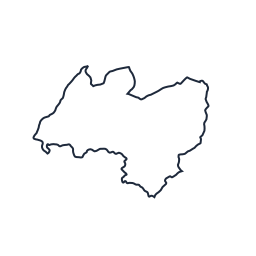 outline of Dong Van, Hà Giang, Vietnam, rotated 245°
{"feature_id": "81297802B35887218353447", "entity_name": "Dong Van", "entity_type": "district", "adm_level": 2, "iso_a3": "VNM", "parent_name": "Vietnam", "parent_adm1": "Hà Giang", "projection": "robinson", "projection_center": [105.266, 23.242], "detail": "fine", "context": "isolated", "style": "outline", "palette": "slate", "viewbox_px": 256, "rotation_deg": 245, "n_neighbors": 0, "source": "geoboundaries", "source_scale": "gbopen_adm2", "svg_char_len": 5844}
<svg xmlns="http://www.w3.org/2000/svg" viewBox="0 0 256 256"><g transform="rotate(245 128 128)"><path d="M187.6,85.5L186.8,84.9L185.9,84.3L184.7,83.4L183.4,82.3L182.8,81.7L182.6,81.3L182.0,79.4L181.6,78.6L181.1,78.1L180.7,77.9L179.7,76.8L179.1,75.8L178.2,74.0L177.7,72.9L177.4,72.3L176.5,71.2L174.6,69.4L173.7,67.9L173.3,67.1L173.1,66.5L173.0,65.7L172.9,64.8L172.9,63.8L172.9,63.2L172.9,62.9L172.8,62.5L172.2,61.3L172.1,61.0L172.7,57.1L172.7,56.0L172.6,55.2L172.3,54.2L172.0,53.2L171.1,51.5L170.5,50.8L169.3,49.9L168.3,48.8L167.7,48.3L166.4,47.4L166.0,47.1L164.0,45.1L162.9,43.8L162.2,43.2L162.0,42.8L161.2,41.0L160.7,40.0L160.1,39.2L159.6,38.6L159.2,38.3L158.8,38.2L158.3,38.2L157.9,38.4L157.4,38.9L156.8,39.5L156.2,40.3L155.9,40.8L154.5,42.4L153.8,43.2L153.1,43.8L152.6,44.2L152.1,44.4L151.5,44.6L150.8,44.5L150.2,44.3L149.6,43.9L148.8,43.1L148.1,42.5L147.5,42.2L146.7,41.9L145.7,41.8L144.8,41.8L143.8,42.0L142.8,42.4L141.4,43.3L140.1,43.8L139.3,44.1L138.9,44.2L138.9,44.5L139.0,45.3L139.7,46.5L140.3,47.1L141.0,47.6L141.8,47.5L143.3,47.0L144.1,46.6L144.8,46.5L145.7,46.7L146.6,47.2L147.1,47.8L147.2,48.4L147.0,48.7L146.3,49.0L146.0,49.1L145.9,49.3L145.8,49.7L145.7,51.1L145.4,52.2L144.9,53.6L144.1,54.9L143.3,56.3L142.5,57.2L141.9,57.6L140.8,58.0L140.4,58.3L140.2,58.6L140.0,59.2L140.0,60.5L139.9,61.7L139.2,63.9L138.6,65.5L138.3,67.1L138.1,67.6L137.7,68.0L136.8,68.4L135.9,68.5L135.0,68.8L133.7,69.3L132.6,69.4L131.6,69.1L130.5,68.5L128.9,68.0L126.4,67.7L124.7,67.8L124.2,68.1L123.5,68.9L122.2,71.3L121.2,72.8L120.9,73.8L120.9,74.4L122.7,76.7L123.2,77.6L123.3,78.5L123.4,79.7L123.6,80.4L124.2,80.8L124.6,81.2L124.8,81.7L125.0,82.4L125.0,83.4L124.8,84.4L124.6,85.0L124.0,85.7L123.4,86.3L122.0,87.1L121.3,87.6L121.0,87.9L120.8,88.7L120.6,89.9L120.9,93.1L120.9,93.8L120.6,94.7L120.0,96.0L119.3,97.6L118.8,98.5L117.7,99.4L116.8,99.7L116.0,99.9L115.1,100.0L114.5,100.2L113.9,100.6L113.6,100.8L113.3,101.2L113.2,101.7L113.1,102.1L113.0,103.7L112.8,104.3L112.4,104.7L110.7,105.3L110.1,105.7L109.8,106.0L109.6,106.3L109.6,106.8L109.5,108.2L109.5,109.0L109.1,109.7L108.4,110.4L107.6,111.0L106.7,111.5L104.4,112.0L102.2,113.2L101.8,113.5L101.4,113.7L100.8,113.7L100.4,113.5L100.1,112.8L99.8,112.0L99.7,111.3L99.5,110.9L99.4,110.7L99.2,110.6L98.8,110.4L98.1,110.5L97.2,110.5L96.8,110.4L96.2,110.2L95.8,109.9L95.4,109.6L95.1,109.3L94.8,108.8L94.6,108.4L94.4,106.5L94.2,105.5L94.0,105.2L93.6,104.8L93.3,104.8L92.5,105.0L89.4,106.1L87.6,107.0L87.0,107.1L86.6,107.1L86.4,107.0L86.3,106.8L86.3,106.4L86.4,105.5L86.2,104.9L86.1,104.4L85.7,103.7L85.5,103.0L85.4,102.2L85.2,101.6L85.0,101.3L84.4,100.9L84.0,100.7L83.0,100.4L81.9,100.2L81.3,100.2L80.9,100.3L80.7,100.5L80.5,100.8L80.6,101.4L81.1,102.4L81.1,102.9L80.9,103.2L80.5,103.5L80.0,103.6L79.3,103.6L79.1,103.6L78.7,103.8L78.4,104.0L78.1,104.4L77.7,106.1L76.8,107.8L76.1,109.0L75.1,110.0L73.8,110.9L73.2,111.5L72.9,112.1L72.4,113.2L71.8,113.9L70.8,114.2L69.9,114.4L69.1,114.9L68.1,115.7L67.5,115.9L66.9,116.1L64.7,116.4L63.9,116.7L63.0,117.4L62.0,118.2L61.7,118.4L61.0,118.5L60.2,118.4L58.3,118.0L57.7,117.9L57.3,117.9L57.0,118.1L56.8,118.3L56.8,120.1L56.8,120.4L56.6,120.7L56.3,121.2L55.4,122.0L54.2,122.7L55.5,124.1L55.9,124.7L56.5,126.3L56.9,128.6L57.8,131.4L59.9,134.4L60.2,135.4L60.9,137.7L61.2,138.7L61.9,139.4L62.2,139.5L64.2,139.2L65.0,139.5L65.7,140.3L66.2,141.3L66.5,144.7L66.5,145.5L66.4,145.8L66.2,146.0L65.1,146.6L64.8,147.0L64.7,147.3L64.8,148.7L65.3,152.1L65.7,152.8L66.2,154.4L66.4,155.4L66.4,156.3L66.1,158.6L67.3,158.0L70.9,157.3L72.2,157.3L73.5,157.7L75.2,159.4L76.6,160.4L77.5,160.8L77.8,161.1L78.9,161.4L80.3,161.5L81.6,162.2L82.1,162.6L82.2,163.1L81.9,164.4L81.2,166.1L80.8,167.5L80.7,167.9L80.6,168.7L80.7,169.3L81.5,172.3L81.3,174.5L81.8,178.2L81.9,179.9L82.8,182.0L83.4,184.2L83.5,186.2L83.5,186.9L83.7,187.4L84.0,187.6L86.8,189.3L87.3,189.5L88.5,189.5L88.9,189.5L89.2,189.7L90.0,192.4L93.2,196.1L95.2,197.2L97.4,198.1L99.3,198.6L100.6,199.5L101.5,201.0L102.7,202.7L105.2,204.3L106.5,204.9L109.8,205.1L111.4,205.4L111.7,205.7L112.1,206.2L113.0,208.1L113.5,209.6L113.8,210.1L114.0,210.3L115.0,210.5L116.1,210.5L118.5,210.3L120.8,210.5L121.5,210.6L122.0,211.0L122.9,211.9L126.6,214.3L127.5,214.8L128.3,215.9L129.5,216.9L130.5,217.5L131.4,217.7L131.9,217.7L133.3,217.6L134.2,217.8L134.3,217.8L135.5,216.6L136.3,216.3L138.9,215.7L139.3,215.4L139.6,215.0L139.8,214.4L139.9,213.7L140.0,213.2L139.8,212.8L139.6,212.5L139.3,212.4L139.6,212.0L142.2,209.2L146.3,205.0L148.8,203.1L148.9,202.7L148.5,201.2L147.7,199.0L146.0,194.8L145.9,194.2L146.2,193.6L148.3,191.8L148.1,190.8L147.6,189.4L147.3,187.5L147.4,186.6L147.8,184.7L148.6,181.9L149.2,178.7L149.4,176.9L149.4,176.2L149.2,174.3L148.8,171.5L148.7,169.8L148.5,162.8L148.9,160.6L148.9,159.2L148.8,157.8L148.4,156.4L148.2,155.3L148.2,152.6L148.4,152.0L148.6,151.7L149.5,151.0L151.0,150.3L151.2,150.1L152.5,148.4L158.5,143.0L159.2,142.0L161.2,146.4L161.5,148.0L162.7,150.5L163.9,151.8L165.1,152.6L165.7,153.0L166.7,153.5L167.4,153.9L168.9,154.3L171.0,154.7L173.3,154.9L175.6,154.9L178.7,154.3L181.1,154.4L182.6,154.6L182.9,154.5L183.4,152.9L185.2,145.7L185.9,142.5L186.2,138.1L186.6,136.3L186.7,135.5L186.7,135.0L185.1,130.6L184.3,129.5L180.2,126.2L178.9,124.8L178.9,124.2L179.1,121.2L180.0,118.6L180.5,116.3L180.6,114.2L181.7,113.9L183.3,113.1L183.7,113.1L184.4,113.4L185.7,114.2L186.3,114.7L187.6,115.0L188.9,115.2L189.8,115.3L190.8,115.0L192.0,114.6L193.9,113.7L194.7,113.5L196.0,113.4L196.8,113.4L197.3,113.5L198.1,113.9L198.6,114.3L199.7,115.9L199.9,116.5L200.6,117.2L201.3,118.2L201.1,117.5L201.2,116.7L201.3,116.0L201.7,114.8L201.8,114.0L201.8,113.4L201.5,112.0L201.2,111.1L200.7,110.1L199.4,109.1L198.5,108.0L198.0,107.0L198.0,105.4L197.8,104.7L197.2,103.3L196.8,101.9L196.1,100.3L194.7,97.8L193.8,95.8L192.7,93.1L192.4,92.0L191.1,90.1L190.5,88.9L189.4,87.4L187.6,85.5Z" fill="none" stroke="#1e293b" stroke-width="2"/></g></svg>